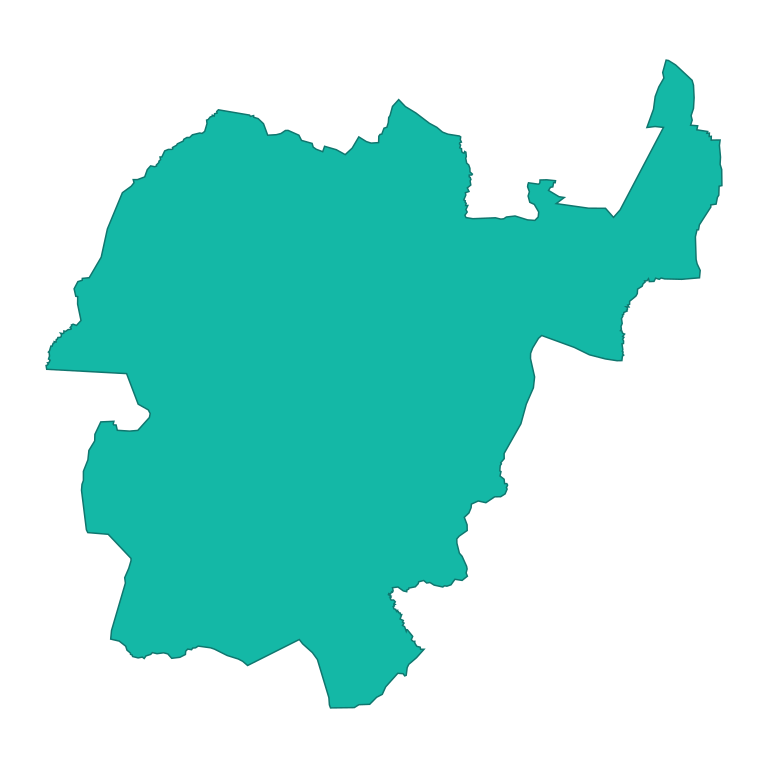 outline of Nang Rong, Buri Ram, Thailand
{"feature_id": "78962969B52670203653904", "entity_name": "Nang Rong", "entity_type": "district", "adm_level": 2, "iso_a3": "THA", "parent_name": "Thailand", "parent_adm1": "Buri Ram", "projection": "mercator", "projection_center": [102.757, 14.628], "detail": "fine", "context": "isolated", "style": "filled", "palette": "teal", "viewbox_px": 768, "rotation_deg": 0, "n_neighbors": 0, "source": "geoboundaries", "source_scale": "gbopen_adm2", "svg_char_len": 6065}
<svg xmlns="http://www.w3.org/2000/svg" viewBox="0 0 768 768"><path d="M699.5,277.8L700.2,270.4L697.1,263.8L696.1,259.4L695.4,236.8L697.0,229.8L698.5,229.8L699.4,224.8L710.8,207.1L710.8,204.9L716.1,204.1L717.4,197.4L718.8,195.2L719.1,186.2L721.9,185.6L721.7,169.5L720.1,164.3L720.5,157.1L719.4,145.4L720.1,140.0L711.2,140.1L711.3,136.3L709.2,136.5L709.4,133.1L706.9,133.3L707.7,131.5L696.8,129.8L697.7,125.8L690.6,125.2L692.2,120.1L691.1,115.7L693.5,108.4L694.1,97.7L693.5,85.2L692.1,80.3L675.7,65.0L668.5,60.5L666.1,60.1L662.7,72.5L663.9,78.0L658.8,86.9L655.2,96.5L653.5,109.2L646.9,127.5L655.1,126.5L663.5,127.4L620.1,209.9L613.5,217.4L605.5,208.3L588.5,208.2L556.2,203.6L564.3,197.5L559.0,196.7L548.5,190.4L550.5,187.3L552.8,186.9L553.6,182.7L555.2,182.7L555.5,180.7L546.7,179.8L540.0,180.0L539.9,182.8L538.7,184.2L528.5,182.8L527.8,184.9L527.6,186.8L529.4,191.8L528.1,196.0L529.8,202.3L534.3,204.4L538.7,212.0L538.2,217.0L534.9,220.4L527.6,219.9L515.1,216.0L506.4,217.0L503.7,218.8L500.8,219.1L495.5,217.8L472.9,218.7L466.0,217.6L464.9,215.2L467.2,212.0L465.9,209.6L467.8,205.5L465.6,205.5L466.2,203.3L465.1,202.2L465.3,200.8L463.8,199.9L465.8,195.1L465.4,192.7L469.0,191.5L467.3,187.9L470.8,185.0L470.1,180.9L470.9,179.5L470.2,177.4L469.2,176.8L469.2,175.1L471.8,175.0L472.4,174.1L470.0,171.9L469.9,168.3L468.7,164.9L466.7,163.2L465.7,158.1L466.3,156.7L465.9,152.2L464.6,151.5L464.3,153.0L463.4,153.1L461.7,151.7L461.5,148.7L459.7,147.8L460.6,145.1L459.5,143.9L459.7,142.8L461.4,142.1L460.3,139.7L460.7,136.9L459.4,136.0L448.0,134.2L442.5,132.1L436.8,127.3L429.4,123.3L415.9,113.0L405.4,106.6L398.7,99.6L392.5,106.4L390.0,115.6L388.7,117.5L388.3,122.6L386.9,127.2L384.0,128.2L381.8,134.1L380.1,134.4L378.8,136.2L378.6,142.6L371.1,143.1L366.4,141.6L358.8,136.9L352.2,148.1L345.2,154.6L336.3,149.7L324.6,146.3L322.7,151.7L316.3,149.3L313.2,147.1L312.1,143.4L301.5,140.4L298.9,135.2L288.1,130.4L285.4,130.5L281.0,133.5L276.3,134.7L267.7,135.2L263.5,123.7L258.1,118.6L253.8,117.3L253.6,115.6L250.4,116.4L249.6,115.1L218.4,109.8L216.7,111.5L217.1,113.1L214.6,113.7L214.1,116.1L212.3,115.2L212.0,116.5L210.3,116.9L208.1,119.6L206.6,120.1L207.0,123.6L204.7,131.4L202.1,133.4L199.7,133.0L192.4,134.8L189.6,137.5L186.9,137.5L183.8,139.3L183.2,141.1L177.4,143.8L176.5,145.3L172.5,147.5L172.8,148.8L171.9,149.4L168.3,149.4L164.7,150.9L161.9,156.9L160.0,157.0L160.6,159.7L158.9,161.2L158.9,162.5L156.4,165.0L156.6,165.9L154.8,166.7L150.6,165.9L147.3,169.6L144.7,176.9L137.5,179.6L133.2,179.6L134.0,182.7L131.3,186.2L122.4,192.7L107.4,228.9L101.2,257.2L89.2,277.7L82.3,278.4L82.2,280.3L77.9,281.6L74.1,288.8L75.8,296.3L77.7,296.6L77.6,304.1L81.0,320.5L76.5,325.4L73.1,324.2L71.4,325.0L71.7,326.0L70.2,327.4L71.2,328.4L70.9,329.3L68.1,329.6L65.6,331.4L63.9,331.0L63.9,332.9L62.7,333.6L60.5,333.2L61.4,334.5L61.2,336.5L60.4,337.3L57.9,337.5L57.3,339.2L56.3,339.5L56.0,342.0L54.2,341.6L54.4,342.6L53.1,343.3L52.1,346.2L50.9,346.1L49.5,350.9L48.4,352.1L49.2,352.7L49.5,356.1L48.5,359.0L50.1,360.2L49.1,362.4L47.5,362.8L48.3,363.9L47.4,365.1L46.1,365.5L46.7,369.3L126.6,373.6L138.2,404.2L148.3,409.9L150.2,413.6L149.4,417.5L137.8,430.4L129.6,431.1L117.3,430.3L116.1,425.0L113.7,424.9L113.2,424.0L113.9,421.3L100.8,421.9L94.9,434.3L94.7,440.9L88.9,450.4L87.9,459.9L83.4,471.3L83.4,480.5L82.0,484.3L81.5,490.2L86.4,529.8L87.8,532.6L108.2,534.3L131.0,558.4L131.0,560.8L128.8,568.2L124.7,577.7L125.4,583.1L111.5,630.5L110.7,639.1L119.2,641.1L125.7,646.2L127.0,650.2L130.4,653.0L130.5,654.3L132.1,655.0L132.6,656.5L138.1,657.9L142.3,657.1L144.2,658.5L146.0,655.9L150.7,654.4L152.4,652.6L157.0,653.7L163.6,652.8L167.8,653.9L171.7,658.3L179.9,657.3L185.4,654.5L185.7,651.2L187.7,649.1L191.6,649.7L192.6,648.1L195.6,647.8L198.2,646.1L210.6,647.8L214.6,649.2L227.2,655.5L238.3,659.0L242.7,661.3L247.6,665.5L299.3,639.5L302.6,643.8L312.4,652.6L317.4,659.5L328.9,697.7L329.4,704.9L330.5,707.9L354.3,707.6L358.9,704.7L369.7,704.3L376.6,697.3L382.3,694.3L385.7,686.8L397.8,673.3L403.1,673.7L404.7,675.9L406.2,675.3L407.2,667.6L408.8,664.3L416.5,657.7L424.0,649.3L420.6,649.3L420.2,647.2L416.8,646.3L414.8,643.1L414.8,641.3L413.5,641.5L411.9,640.4L411.4,639.4L412.7,636.4L407.4,629.8L406.6,629.7L406.2,631.2L404.6,626.7L402.5,625.4L404.0,623.1L402.5,622.2L403.3,620.5L400.1,619.0L401.7,614.6L400.5,614.6L400.3,613.1L398.9,612.8L398.3,611.5L397.0,611.6L397.4,610.4L396.1,610.6L395.7,609.4L393.9,608.8L393.2,606.5L394.3,606.0L393.9,604.9L395.1,604.4L394.0,603.7L395.3,601.8L393.6,600.0L391.2,600.1L390.3,598.7L390.9,597.5L390.0,597.1L391.1,596.1L388.4,594.7L388.8,593.5L390.5,594.0L391.7,591.7L392.5,592.2L393.1,590.9L392.5,587.7L397.9,587.0L403.3,590.9L406.7,591.7L406.9,590.0L408.7,589.1L408.8,588.1L415.3,586.8L418.2,583.7L418.7,581.8L423.7,580.5L426.7,583.0L430.0,582.5L434.1,585.1L442.8,587.0L444.5,585.8L446.9,586.2L451.0,584.8L454.9,579.3L462.1,580.4L467.4,576.2L466.1,572.9L467.1,569.0L466.6,566.3L462.1,556.3L459.4,553.2L456.9,543.2L456.8,538.9L459.2,536.1L467.2,530.5L467.1,524.8L464.3,517.3L468.9,513.0L471.1,507.7L471.4,504.1L478.2,501.0L485.9,502.7L494.7,496.8L500.7,496.7L505.1,493.9L507.1,489.1L506.4,487.6L507.6,485.1L506.8,483.6L504.6,483.6L504.1,479.2L500.0,476.0L501.0,471.6L499.8,470.8L500.2,465.6L501.4,463.9L500.7,462.8L504.2,458.7L504.1,453.5L520.9,423.8L526.3,404.1L533.4,387.8L534.6,376.9L530.5,358.6L530.6,353.4L532.7,347.9L538.5,338.3L541.7,335.5L574.3,347.4L589.4,354.8L605.3,358.9L617.0,360.7L621.9,360.6L622.4,356.2L623.7,355.1L622.7,354.1L623.1,352.0L622.3,351.4L622.8,349.5L622.0,343.9L623.5,343.5L623.6,340.9L622.6,339.2L623.9,337.3L622.6,336.5L624.6,334.1L622.5,333.1L621.8,330.9L620.5,330.6L621.4,329.3L621.0,326.4L622.2,323.5L621.5,318.5L622.8,316.3L622.5,314.8L623.6,314.5L623.8,312.5L627.1,311.0L626.6,310.1L627.4,309.6L627.4,307.7L626.2,306.8L628.9,306.9L627.7,305.0L629.6,304.3L629.6,301.3L635.9,296.1L637.3,293.6L637.6,289.1L642.2,286.2L643.0,283.9L645.1,282.0L644.6,280.9L647.0,280.7L648.5,278.7L649.3,281.6L654.0,281.4L655.6,278.2L659.3,279.3L661.1,278.0L664.7,278.9L681.7,279.3L699.5,277.8Z" fill="#14b8a6" stroke="#0f766e" stroke-width="1.5"/></svg>